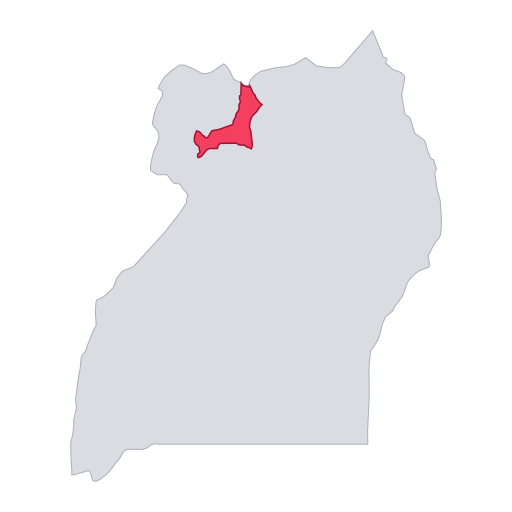 Amuru on a map of Uganda (Natural Earth projection)
{"feature_id": "UGA-5601", "entity_name": "Amuru", "entity_type": "District", "adm_level": 1, "iso_a3": "UGA", "parent_name": "Uganda", "parent_adm1": "", "projection": "natural_earth1", "projection_center": [31.868, 3.088], "detail": "fine", "context": "in_parent", "style": "filled", "palette": "rose", "viewbox_px": 512, "rotation_deg": 0, "n_neighbors": 0, "source": "natural_earth", "source_scale": "10m", "svg_char_len": 3295}
<svg xmlns="http://www.w3.org/2000/svg" viewBox="0 0 512 512"><path d="M367.8,444.2L360.3,444.2L348.2,444.2L336.0,444.2L323.8,444.2L311.7,444.2L299.5,444.2L287.3,444.2L275.1,444.2L263.0,444.2L250.8,444.2L238.6,444.2L226.5,444.2L214.3,444.2L202.1,444.2L190.0,444.2L177.8,444.2L165.6,444.2L158.5,444.2L157.0,444.0L156.0,443.7L151.4,444.7L146.7,448.1L141.6,449.6L136.2,449.0L135.5,449.4L132.8,449.3L128.9,449.1L125.3,450.0L122.6,453.0L119.8,458.2L114.8,464.2L110.9,469.5L107.6,473.3L100.0,479.5L95.9,481.3L93.8,481.0L92.5,479.8L90.2,471.9L88.7,470.6L73.9,474.7L71.7,474.8L71.9,472.3L70.8,453.7L70.7,442.3L72.6,435.1L73.7,426.9L73.8,419.6L76.5,407.3L75.5,399.9L79.0,373.9L80.0,369.7L81.3,357.1L83.5,353.2L85.4,351.7L88.0,344.0L92.8,331.7L96.2,325.4L95.4,311.5L96.0,302.1L96.7,300.0L103.9,296.5L113.2,287.8L117.1,277.6L122.6,271.0L133.3,266.8L165.2,231.7L180.0,212.7L186.4,203.0L186.6,199.5L187.8,195.0L185.3,191.4L182.2,188.1L181.2,185.2L178.5,183.7L174.7,183.7L172.2,181.6L169.3,177.3L166.5,174.6L157.5,174.8L150.5,170.5L150.6,164.5L153.3,152.9L158.6,139.5L158.9,135.8L158.2,132.6L156.9,129.9L154.5,127.2L152.3,124.0L154.0,114.4L157.3,105.0L160.1,100.3L162.7,95.0L162.0,90.6L158.1,88.5L160.1,84.3L164.3,77.1L172.4,69.9L179.5,65.1L184.3,65.1L193.6,68.9L202.0,73.5L206.5,73.7L212.1,71.8L223.7,63.8L226.5,66.3L229.9,71.2L233.5,79.2L240.8,82.9L244.3,85.4L246.8,86.2L248.2,85.5L251.0,79.2L254.3,75.8L260.5,71.4L274.1,68.0L283.8,66.9L287.9,66.2L294.8,64.1L305.7,57.6L316.5,66.0L328.1,67.6L339.4,67.6L342.8,65.0L344.8,63.1L356.6,49.3L372.7,30.7L383.3,56.9L387.0,58.5L386.5,60.8L385.6,63.0L392.6,69.3L401.2,72.6L404.3,75.8L404.6,79.3L401.7,94.7L402.2,99.0L405.0,114.4L410.1,117.9L414.7,133.3L423.8,139.9L425.2,141.8L427.3,149.3L430.1,157.5L432.3,159.4L433.6,159.8L436.4,168.6L434.8,173.4L436.9,188.3L440.4,201.6L441.3,217.5L441.3,224.5L441.2,228.7L440.5,234.8L438.8,238.3L435.9,241.7L432.6,247.0L429.8,252.7L428.0,255.5L429.4,264.1L429.1,266.4L428.3,267.4L424.1,268.8L418.8,271.0L415.6,273.3L411.0,277.7L407.4,282.4L402.5,296.2L394.4,307.0L393.1,310.5L385.4,317.0L382.1,324.9L379.9,334.6L377.0,341.6L370.5,351.1L369.0,366.2L369.2,396.4L367.6,430.7L367.8,444.2Z" fill="#d9dde1" stroke="#a8b0b8" stroke-width="1"/><path d="M248.2,86.8L249.0,86.8L249.5,86.1L249.6,85.6L250.9,87.7L251.3,89.1L252.0,90.4L252.4,92.0L255.1,95.2L255.9,97.7L259.4,102.5L262.0,104.6L259.3,107.4L256.8,111.5L252.5,115.7L251.2,118.1L249.7,123.1L249.6,127.8L250.8,131.1L252.3,144.3L252.2,146.1L251.3,148.8L249.8,147.9L246.9,147.1L244.5,145.1L241.3,145.1L238.9,144.8L236.5,143.2L220.2,143.4L218.3,145.4L217.3,148.5L209.3,148.5L206.4,150.2L203.3,154.1L201.1,156.6L198.1,157.7L197.6,156.0L197.8,154.1L198.2,153.7L199.3,153.0L199.7,152.5L199.8,151.6L199.7,150.6L199.4,149.7L199.0,147.0L198.3,146.0L197.3,145.4L196.0,144.3L194.5,141.5L194.3,138.2L194.9,135.0L196.6,130.9L199.4,131.8L201.1,133.4L202.5,135.5L204.3,136.1L204.9,137.2L205.8,137.8L207.1,137.7L208.0,137.0L209.7,134.2L211.9,130.7L219.1,129.4L232.8,124.5L233.1,122.9L233.2,121.3L235.7,116.6L235.8,114.9L236.3,113.4L237.3,112.3L238.1,111.0L238.8,109.6L239.2,108.1L238.9,106.4L239.0,104.8L240.4,101.9L240.2,100.6L239.6,99.2L239.5,97.5L239.6,95.9L240.5,95.4L240.9,94.4L241.2,83.1L241.7,83.9L242.7,85.1L243.9,85.8L248.2,86.8Z" fill="#f43f5e" stroke="#9f1239" stroke-width="1.5"/></svg>